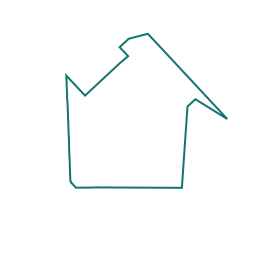 Mineral, Nevada, United States of America (Robinson projection), rotated 47°
{"feature_id": "52423323B72214422766", "entity_name": "Mineral", "entity_type": "district", "adm_level": 2, "iso_a3": "USA", "parent_name": "United States of America", "parent_adm1": "Nevada", "projection": "robinson", "projection_center": [-118.71, 38.484], "detail": "fine", "context": "isolated", "style": "outline", "palette": "teal", "viewbox_px": 256, "rotation_deg": 47, "n_neighbors": 0, "source": "geoboundaries", "source_scale": "gbopen_adm2", "svg_char_len": 553}
<svg xmlns="http://www.w3.org/2000/svg" viewBox="0 0 256 256"><g transform="rotate(47 128 128)"><path d="M47.5,137.3L50.9,140.2L54.1,142.9L55.7,144.4L61.4,149.2L64.6,152.1L70.3,156.7L73.2,159.3L80.2,165.3L89.8,173.7L92.6,176.0L96.1,179.0L106.3,188.1L111.8,192.7L119.6,199.5L127.7,206.5L128.8,206.5L129.1,206.8L136.1,206.8L147.1,194.9L148.9,192.7L208.5,129.4L152.9,69.9L152.9,59.1L189.1,49.3L91.8,49.2L72.8,49.3L72.5,49.4L63.2,66.7L63.2,79.0L75.5,78.9L75.0,90.5L75.0,137.3L50.9,137.4L47.5,137.3Z" fill="none" stroke="#0f766e" stroke-width="2"/></g></svg>